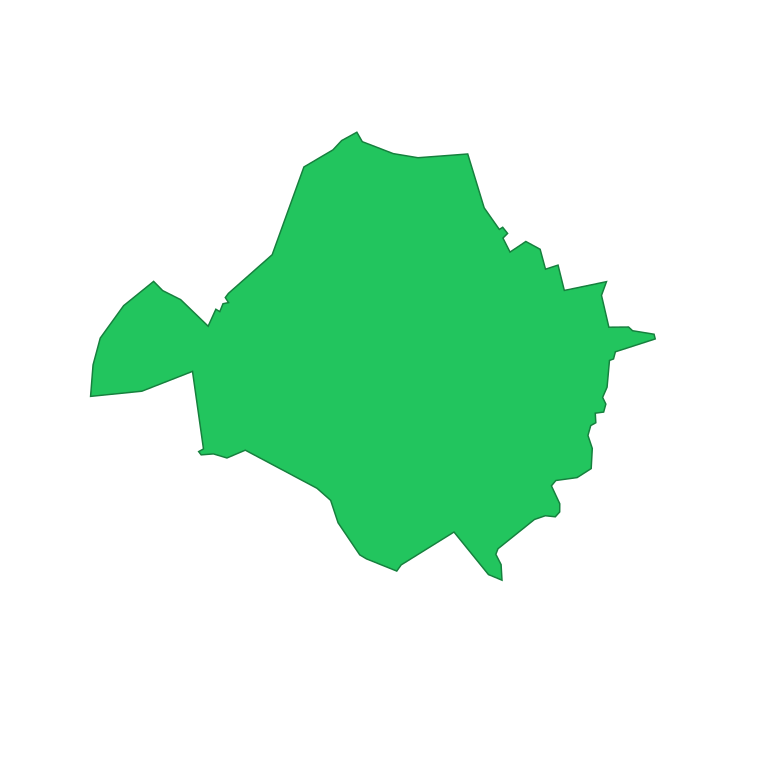 Dundrum Lea-7, Dún Laoghaire–Rathdown, Ireland, rotated 148°
{"feature_id": "5873133B72160674948779", "entity_name": "Dundrum Lea-7", "entity_type": "district", "adm_level": 2, "iso_a3": "IRL", "parent_name": "Ireland", "parent_adm1": "Dún Laoghaire–Rathdown", "projection": "orthographic", "projection_center": [-6.254, 53.292], "detail": "fine", "context": "isolated", "style": "filled", "palette": "green", "viewbox_px": 768, "rotation_deg": 148, "n_neighbors": 0, "source": "geoboundaries", "source_scale": "gbopen_adm2", "svg_char_len": 1191}
<svg xmlns="http://www.w3.org/2000/svg" viewBox="0 0 768 768"><g transform="rotate(148 384 384)"><path d="M208.1,543.6L235.3,557.9L254.1,574.5L274.0,601.0L273.6,611.9L290.9,612.9L303.3,609.6L336.9,610.5L410.3,552.9L467.9,543.3L472.8,541.4L472.7,535.4L478.0,537.4L484.9,532.4L487.0,536.5L502.5,526.2L511.7,563.2L522.2,580.5L525.0,593.1L563.3,588.4L600.3,573.3L620.6,554.4L639.4,529.0L593.1,506.2L539.7,496.2L571.5,424.6L577.0,424.9L576.6,420.8L565.7,415.1L556.4,404.5L536.7,401.4L496.1,331.1L490.9,313.6L496.5,290.6L495.1,251.9L491.5,244.9L472.3,218.6L465.3,221.5L403.1,221.4L396.4,167.0L387.9,155.1L380.4,168.8L379.4,180.3L374.6,183.9L328.2,189.4L317.0,186.8L309.1,180.6L302.8,182.4L298.4,189.3L296.0,208.9L289.4,211.1L269.8,202.3L253.1,202.5L241.5,219.0L238.3,232.3L230.7,239.2L224.9,238.9L220.3,247.3L212.6,243.8L206.5,249.4L205.7,256.8L196.5,263.1L180.3,284.5L176.1,283.6L170.7,288.7L130.1,278.5L128.6,283.1L145.0,297.5L146.4,302.7L163.2,313.0L152.6,343.9L141.1,352.9L181.5,367.8L173.4,392.6L186.2,395.8L180.2,415.5L188.2,429.7L207.2,429.1L205.8,444.7L199.4,446.2L200.3,454.0L204.3,454.0L205.7,480.3L191.1,534.7L208.1,543.6Z" fill="#22c55e" stroke="#15803d" stroke-width="1.5"/></g></svg>